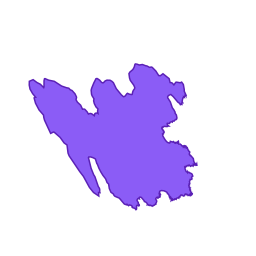 Borgarfjarðarhreppur, Austurland, Iceland, rotated 60°
{"feature_id": "244011B88653491645149", "entity_name": "Borgarfjarðarhreppur", "entity_type": "district", "adm_level": 2, "iso_a3": "ISL", "parent_name": "Iceland", "parent_adm1": "Austurland", "projection": "natural_earth1", "projection_center": [-13.775, 65.462], "detail": "fine", "context": "isolated", "style": "filled", "palette": "violet", "viewbox_px": 256, "rotation_deg": 60, "n_neighbors": 0, "source": "geoboundaries", "source_scale": "gbopen_adm2", "svg_char_len": 5829}
<svg xmlns="http://www.w3.org/2000/svg" viewBox="0 0 256 256"><g transform="rotate(60 128 128)"><path d="M170.0,184.6L168.5,184.2L167.7,183.5L166.0,182.9L163.8,183.0L153.6,181.0L151.4,181.1L144.4,180.1L133.9,177.1L133.5,176.4L134.4,174.8L136.4,173.0L138.5,171.7L143.3,172.8L143.9,172.6L148.2,173.3L152.7,173.5L156.5,173.4L160.8,172.8L164.8,173.4L166.8,172.8L171.2,174.5L175.2,174.9L177.7,173.7L179.5,173.8L180.7,173.4L184.4,170.6L192.0,169.2L193.8,167.7L194.2,167.2L193.8,166.9L195.6,166.3L195.4,165.1L196.8,163.8L198.0,163.5L198.4,163.6L198.5,164.0L199.5,163.7L201.0,162.2L202.7,162.0L202.7,161.5L202.1,161.5L201.9,160.7L200.0,159.8L199.5,159.1L199.7,158.3L200.6,158.0L200.9,157.4L200.7,156.9L199.9,156.6L198.6,156.9L197.6,156.3L196.5,156.5L195.0,156.3L194.1,155.0L194.1,154.5L195.1,153.6L194.0,153.3L193.7,152.7L194.2,151.6L194.8,151.2L198.8,150.4L199.9,150.6L200.9,149.7L202.5,149.2L203.5,149.2L204.0,149.6L204.0,149.1L205.0,149.0L205.0,148.5L206.0,147.9L205.9,147.4L206.3,147.3L207.0,146.4L207.7,146.2L207.6,145.9L208.0,145.4L207.7,144.7L208.0,143.8L207.7,142.9L208.0,142.1L207.2,141.7L207.1,141.2L205.9,139.8L205.0,139.5L203.4,139.6L202.8,138.9L202.5,137.4L204.4,137.1L203.1,137.0L203.3,135.6L203.8,135.2L203.7,134.7L203.1,134.3L202.4,134.6L201.8,134.3L202.2,134.1L202.1,133.3L200.7,133.5L201.0,133.1L199.8,133.0L198.8,132.4L198.6,131.5L198.9,130.3L200.4,128.2L202.9,126.5L203.9,126.4L204.5,126.7L205.3,126.2L206.5,126.1L208.5,126.6L208.2,125.9L209.1,125.6L209.6,125.7L209.9,126.2L210.3,125.9L210.5,126.4L210.8,125.9L211.4,126.0L211.7,126.7L211.7,126.2L212.4,126.8L212.3,126.2L212.9,126.7L212.4,125.6L212.9,125.4L212.8,125.1L212.1,124.8L212.6,124.6L213.3,124.8L213.0,124.5L213.1,123.9L213.6,124.2L212.8,123.1L213.8,122.0L213.2,121.8L213.2,120.9L213.5,119.4L214.1,119.1L213.4,118.6L213.2,118.0L213.7,117.6L213.1,117.1L212.8,116.5L213.0,116.0L212.5,115.5L213.3,114.6L214.6,114.1L214.9,112.9L214.1,112.1L213.8,111.4L214.1,111.0L214.9,110.8L214.7,110.3L215.3,109.8L216.5,109.8L216.6,109.2L216.4,108.1L216.9,108.7L217.7,108.0L217.0,107.1L217.2,106.7L217.8,106.8L217.6,105.7L217.0,105.2L216.8,105.5L216.9,106.0L216.4,106.0L215.5,105.2L215.2,105.6L212.9,105.4L212.9,104.9L211.8,105.1L211.4,104.6L210.9,104.6L210.9,104.2L210.2,104.6L210.0,104.2L209.4,104.4L208.0,104.0L208.0,103.3L207.2,103.1L207.4,102.8L207.1,102.3L205.0,101.5L204.5,100.6L203.6,99.9L204.4,98.5L203.6,97.8L202.6,97.7L202.1,96.8L202.2,96.1L201.9,95.9L200.0,95.6L199.3,95.8L197.7,96.9L197.5,97.4L196.8,97.3L196.1,98.2L196.3,98.6L195.7,98.4L195.9,98.7L195.6,99.0L194.8,99.4L192.0,99.0L190.3,98.4L190.5,98.1L190.1,97.9L190.5,97.5L190.1,96.8L190.5,96.5L190.2,96.2L190.4,95.5L190.2,95.3L190.4,94.8L190.9,94.6L190.6,93.6L192.4,93.1L192.2,92.0L192.7,91.7L192.9,91.1L192.8,90.7L193.5,90.6L193.1,90.0L192.1,89.5L192.5,89.2L192.3,88.7L193.3,88.6L193.2,88.4L194.0,87.7L193.3,87.2L192.1,87.7L190.0,87.8L187.1,86.7L182.9,87.5L183.0,87.9L181.7,88.1L181.1,87.9L179.7,86.5L178.3,86.9L177.6,86.7L177.0,87.0L174.6,86.5L174.5,87.5L172.9,86.8L172.7,86.9L173.2,87.6L172.2,87.8L172.0,88.3L171.8,87.6L171.6,87.7L171.6,88.1L172.4,88.8L171.5,88.9L171.9,89.6L171.0,89.4L170.2,90.4L169.4,90.3L167.9,90.9L167.4,92.1L166.6,92.2L165.5,91.6L165.6,91.3L164.6,91.0L164.7,91.7L165.8,91.9L165.5,92.2L166.1,91.9L166.5,92.2L165.9,92.1L165.8,92.5L165.1,92.3L165.7,92.6L165.7,93.0L164.5,93.3L164.3,94.0L164.8,94.2L164.9,94.6L164.2,95.1L162.8,95.3L162.8,95.7L162.4,95.7L162.5,96.4L160.7,98.0L161.8,99.1L161.8,99.6L160.4,100.9L159.0,101.4L156.4,101.8L152.3,101.8L150.4,101.0L150.8,100.3L149.7,99.4L149.9,99.0L149.2,98.6L148.1,98.6L147.8,98.9L147.5,98.6L145.9,99.0L145.1,98.9L144.6,98.0L145.8,98.0L144.5,98.0L144.8,96.8L144.6,95.9L146.1,93.8L146.0,93.2L146.3,93.0L146.1,92.8L146.7,91.7L145.2,92.3L143.9,92.0L143.6,91.6L144.8,89.9L144.7,89.4L144.2,89.1L144.1,88.4L144.4,87.1L145.0,86.7L144.5,86.3L144.4,85.7L145.1,84.7L144.7,84.2L144.6,83.0L144.8,81.8L144.2,81.4L144.3,81.2L143.8,80.6L140.9,79.6L138.8,79.8L137.8,79.3L135.2,79.2L132.6,79.5L126.6,78.3L121.7,78.5L120.8,78.1L120.4,77.5L120.1,75.9L120.4,74.1L123.6,73.1L130.5,71.9L132.4,71.0L134.0,71.0L134.2,70.3L133.9,69.9L134.4,69.5L133.3,69.1L133.1,68.6L133.5,68.0L132.1,67.9L129.4,65.5L129.6,64.5L128.8,64.2L129.3,63.9L128.8,63.8L128.8,62.4L128.0,61.9L129.3,61.9L128.7,61.5L129.5,61.4L124.3,60.9L122.9,60.1L118.0,58.3L115.1,58.6L114.9,60.2L112.5,63.1L112.3,63.7L113.6,66.7L111.2,67.2L110.4,67.8L109.7,68.8L105.8,67.7L98.5,70.6L98.9,73.8L97.9,75.2L92.6,75.4L87.6,76.7L86.8,77.4L86.3,79.0L83.7,80.6L83.0,81.5L80.2,83.8L79.1,86.7L77.2,88.3L76.2,89.6L76.3,90.1L78.4,92.2L79.8,94.6L80.5,98.4L81.4,100.0L85.5,101.7L87.9,102.2L93.8,101.6L96.3,101.9L97.3,102.7L98.1,104.6L99.0,105.8L101.0,107.6L100.9,108.1L99.3,110.0L97.7,111.1L97.7,111.7L98.9,114.6L98.9,115.5L98.6,116.3L95.9,117.2L88.1,118.5L81.5,118.0L79.5,118.6L77.6,119.7L76.0,122.4L75.8,124.3L76.5,126.6L76.2,127.4L75.3,128.1L72.5,128.6L70.9,129.3L69.6,130.1L69.3,131.1L71.9,135.1L75.3,139.5L76.8,141.0L80.5,142.7L82.1,143.0L85.7,142.9L87.3,144.2L90.1,145.0L93.7,145.2L96.5,144.5L98.1,145.9L100.4,146.7L99.6,147.1L98.9,148.9L99.0,149.5L100.5,151.1L97.8,152.2L96.8,153.0L96.3,154.0L96.1,155.3L93.6,155.3L90.4,156.0L89.6,156.6L89.0,158.0L84.6,157.6L80.3,158.9L78.0,158.9L77.1,158.6L76.0,157.4L75.3,157.1L71.9,156.8L67.6,157.7L66.0,158.9L63.9,159.4L62.3,161.2L58.5,164.5L50.7,168.5L46.9,172.8L43.7,175.2L43.6,175.7L45.1,177.1L50.4,180.2L50.9,180.8L46.3,182.0L43.1,184.1L38.7,186.0L38.2,190.1L41.5,192.1L45.3,193.4L50.6,193.4L55.2,192.6L54.8,193.8L55.0,194.3L60.3,195.7L67.9,196.0L74.5,194.7L76.9,195.7L79.6,196.4L94.0,197.7L94.2,194.6L94.8,194.0L102.1,191.5L109.0,190.8L112.2,189.3L119.8,192.5L122.7,192.9L141.6,191.6L147.6,190.8L160.2,191.1L166.6,190.1L172.3,187.3L169.2,185.8L170.0,184.6ZM194.4,87.6L194.7,87.0L193.5,86.5L194.0,87.2L194.4,87.6Z" fill="#8b5cf6" stroke="#5b21b6" stroke-width="1.5"/></g></svg>